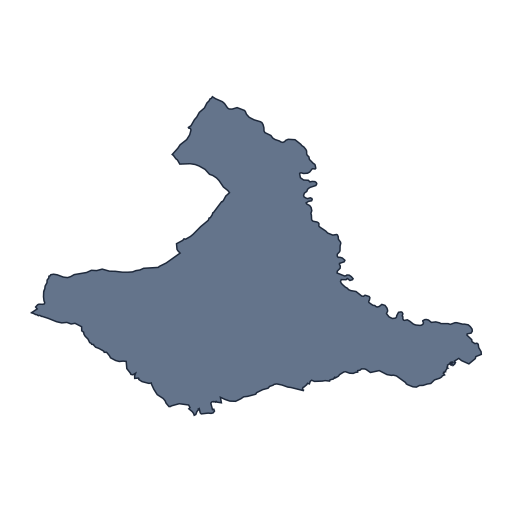 the district of Brosteni, Mehedinti, Romania
{"feature_id": "2599482B37322909384444", "entity_name": "Brosteni", "entity_type": "district", "adm_level": 2, "iso_a3": "ROU", "parent_name": "Romania", "parent_adm1": "Mehedinti", "projection": "natural_earth1", "projection_center": [22.98, 44.752], "detail": "fine", "context": "isolated", "style": "filled", "palette": "slate", "viewbox_px": 512, "rotation_deg": 0, "n_neighbors": 0, "source": "geoboundaries", "source_scale": "gbopen_adm2", "svg_char_len": 6069}
<svg xmlns="http://www.w3.org/2000/svg" viewBox="0 0 512 512"><path d="M481.3,354.4L481.1,351.7L478.7,347.6L478.2,344.2L476.9,343.2L474.9,343.6L472.0,341.7L471.7,339.6L467.0,335.2L467.1,334.0L467.5,333.8L471.1,333.1L472.3,331.2L472.1,329.1L470.3,326.6L468.2,324.8L464.3,324.1L462.8,324.2L456.8,322.7L455.0,322.7L450.3,324.4L448.1,323.6L440.8,323.6L439.8,322.9L435.8,321.9L431.4,322.4L428.4,320.0L426.3,319.5L424.8,319.6L422.8,320.7L422.8,321.3L423.5,322.8L423.1,324.0L421.5,325.2L419.8,325.4L415.7,325.0L413.4,324.1L409.9,321.3L407.3,319.8L404.5,320.4L403.5,320.1L402.8,318.7L402.9,316.9L402.2,315.9L402.9,313.9L402.2,312.4L401.1,311.9L398.5,312.3L396.7,315.7L396.5,317.1L395.5,318.1L392.4,318.5L389.1,316.9L386.7,313.9L386.5,313.4L387.6,311.2L387.6,310.3L387.0,308.1L385.0,305.4L381.8,304.4L379.2,306.5L377.2,307.0L376.0,306.6L374.8,305.5L372.9,305.3L368.9,302.5L368.7,301.2L369.4,300.1L369.9,297.7L369.1,296.5L365.4,295.3L364.8,295.3L363.6,296.3L361.8,296.1L356.0,291.5L350.8,290.6L348.5,289.6L347.5,288.3L345.3,287.1L342.2,284.3L341.0,282.8L340.5,281.5L341.3,279.6L345.6,279.7L346.5,279.5L347.0,278.6L347.5,278.5L349.9,280.5L352.5,279.7L353.1,278.7L351.3,276.6L349.1,275.1L346.8,275.0L346.1,275.7L344.6,276.0L337.1,273.0L337.3,271.1L340.1,268.3L340.3,266.0L339.4,264.4L339.5,263.4L344.2,261.8L344.9,260.3L342.3,258.0L340.0,257.3L338.2,257.4L337.2,256.0L337.3,254.2L339.6,251.7L340.0,250.6L340.1,245.9L340.8,243.2L340.5,242.1L338.4,239.2L338.2,236.6L337.4,234.9L336.6,234.5L332.8,235.1L327.6,233.0L325.8,231.1L319.3,226.7L318.8,225.8L319.0,223.8L318.4,222.8L317.0,222.0L313.0,221.2L312.0,220.3L311.6,219.4L311.4,215.1L310.9,213.4L311.8,210.7L311.1,207.5L309.7,205.6L306.9,204.1L306.1,202.9L308.4,201.4L311.6,200.8L312.2,199.5L312.0,198.9L311.9,198.5L310.3,197.8L307.5,198.6L305.8,198.0L304.0,196.8L303.6,195.4L304.4,193.1L306.8,191.4L307.5,189.5L308.4,188.5L310.1,187.4L315.9,185.5L316.8,183.8L316.3,182.6L314.9,181.6L312.2,181.4L309.9,181.9L308.4,180.3L303.6,180.0L300.4,177.7L299.6,173.7L299.8,173.2L301.1,172.8L303.6,173.5L307.6,173.2L309.7,172.0L312.0,169.1L312.6,168.7L315.1,169.0L315.8,168.2L315.1,164.9L314.6,164.2L313.3,163.4L309.4,159.4L308.9,156.8L307.3,155.3L306.7,154.1L306.6,151.0L305.9,149.5L303.9,147.0L301.8,145.6L300.8,144.3L295.0,139.7L288.2,139.3L285.8,140.3L284.6,141.6L282.9,142.4L281.0,142.0L279.5,141.0L275.0,139.5L272.7,138.0L270.9,135.5L264.9,132.6L264.0,130.9L263.9,127.8L263.1,124.7L261.9,122.6L260.4,121.7L254.0,119.8L249.2,117.3L246.5,114.3L245.3,111.4L244.4,110.4L237.1,107.6L232.1,109.1L229.2,109.0L227.6,108.0L224.5,103.5L222.4,101.7L215.5,98.7L212.4,96.7L211.4,98.3L209.9,99.0L209.2,100.7L206.9,103.0L204.4,108.0L199.3,112.4L196.8,117.0L194.5,119.6L191.0,125.7L188.4,127.4L188.7,128.1L190.4,128.5L191.0,130.0L189.7,134.8L186.7,139.6L180.1,144.8L177.9,148.2L172.2,154.5L173.4,155.4L175.9,158.8L177.4,159.9L179.8,164.1L190.2,163.7L195.2,164.5L199.1,166.0L205.1,169.4L209.5,174.3L212.7,175.4L216.5,177.9L219.0,180.5L223.4,187.0L227.8,190.5L229.5,192.7L225.8,196.0L223.4,200.5L222.2,201.8L221.6,201.7L213.5,212.5L212.8,212.8L212.2,214.8L210.3,217.7L209.1,218.0L208.3,220.3L200.7,226.6L193.1,234.3L190.4,236.5L185.6,239.2L184.0,238.8L182.7,240.4L176.5,243.7L177.0,249.3L177.9,250.8L180.1,253.1L166.2,263.0L159.3,266.4L158.3,267.4L143.6,268.3L139.9,270.0L135.9,270.6L132.6,271.9L128.1,272.2L122.4,272.2L115.3,271.3L109.6,271.2L102.2,269.1L96.7,270.6L91.4,270.3L86.6,272.5L74.2,274.6L70.7,276.6L67.6,277.6L63.4,277.1L57.2,274.8L53.6,274.2L50.8,274.7L50.1,275.8L48.9,276.2L48.8,277.9L47.1,280.1L47.0,282.7L45.1,286.1L44.8,288.9L44.0,290.5L44.2,290.8L43.7,291.6L43.5,296.8L44.0,300.9L44.7,302.3L44.5,303.6L44.1,304.0L42.7,304.3L38.9,304.2L37.7,304.7L35.6,307.0L37.2,308.9L31.7,312.6L30.7,312.6L33.2,313.3L35.7,314.6L36.9,314.7L38.3,315.7L39.1,315.4L40.4,315.6L41.3,316.4L41.9,316.3L48.1,318.3L56.5,321.7L61.7,322.9L66.9,322.4L71.1,324.0L75.0,323.3L81.6,326.7L81.7,330.8L83.6,332.2L84.0,334.3L85.2,336.3L88.0,339.1L89.7,342.6L91.0,343.2L91.7,344.3L93.5,344.5L93.5,344.9L95.6,347.2L98.6,348.3L103.7,351.1L104.2,352.3L106.6,352.3L109.5,355.8L110.5,357.8L115.6,360.5L119.3,361.5L123.1,361.1L126.2,361.4L126.8,368.6L130.2,372.9L130.9,374.4L132.9,374.8L135.6,373.2L134.6,375.9L134.7,378.4L138.3,378.1L138.8,378.4L138.8,379.5L142.0,381.6L148.9,383.4L151.3,383.0L151.5,384.2L153.8,389.2L157.2,394.6L163.2,398.5L165.1,400.8L166.1,403.2L169.0,406.6L170.6,406.5L171.3,405.9L179.3,403.7L188.6,405.0L190.0,407.6L188.8,408.8L192.2,411.6L193.6,413.5L194.2,415.3L195.8,414.5L196.9,411.6L197.9,410.3L198.8,409.8L198.3,409.0L199.2,408.5L200.2,412.8L201.3,413.9L208.2,413.1L211.1,413.4L213.1,412.9L214.5,411.1L213.8,409.2L212.5,409.6L210.8,403.2L212.0,401.8L213.4,401.5L213.9,402.0L215.1,401.5L215.5,402.1L216.5,401.5L216.8,402.1L221.4,402.8L220.4,397.3L225.2,399.5L229.9,401.1L235.6,401.3L240.8,398.8L243.7,396.8L247.5,396.4L255.4,394.3L256.0,393.9L256.5,392.7L262.8,389.6L268.1,388.2L269.6,386.4L273.1,385.2L274.0,384.4L276.7,383.9L282.0,385.0L287.8,387.1L291.0,387.5L303.3,390.6L303.5,390.1L302.4,389.5L303.0,387.4L303.9,387.1L306.8,384.6L307.5,383.3L309.4,383.9L310.2,381.4L311.6,380.2L314.4,381.4L322.3,381.1L325.1,380.6L329.6,381.1L330.1,379.8L333.4,379.0L334.7,377.2L335.0,377.3L335.1,378.0L335.6,377.8L338.4,376.2L339.6,374.6L343.8,372.0L345.5,371.7L349.6,373.2L353.3,373.4L355.5,372.4L357.7,372.1L357.7,370.6L360.0,370.2L361.5,368.9L364.4,368.9L366.0,369.4L370.4,372.5L379.2,370.6L387.0,374.6L391.7,375.4L393.1,375.1L396.4,375.9L405.5,382.5L406.3,383.9L407.7,384.7L412.9,386.8L416.4,387.1L419.4,385.5L423.1,385.4L427.3,384.0L430.8,383.5L434.5,379.9L439.7,378.2L441.6,377.0L442.4,375.8L444.6,374.9L443.3,373.2L444.1,372.6L443.9,372.2L445.6,371.7L445.3,371.1L446.8,368.9L447.0,368.2L447.9,368.1L447.0,367.1L447.7,366.1L447.5,365.1L449.5,363.8L450.4,362.4L452.2,361.9L452.8,362.4L451.9,363.4L450.7,363.3L450.2,364.4L451.2,365.2L452.1,364.6L452.7,364.9L453.0,365.5L454.8,363.9L455.0,363.5L454.6,362.9L455.4,362.5L454.4,361.1L458.8,358.4L461.5,360.6L468.9,363.9L475.3,358.6L475.8,356.6L481.3,354.4Z" fill="#64748b" stroke="#1e293b" stroke-width="1.5"/></svg>